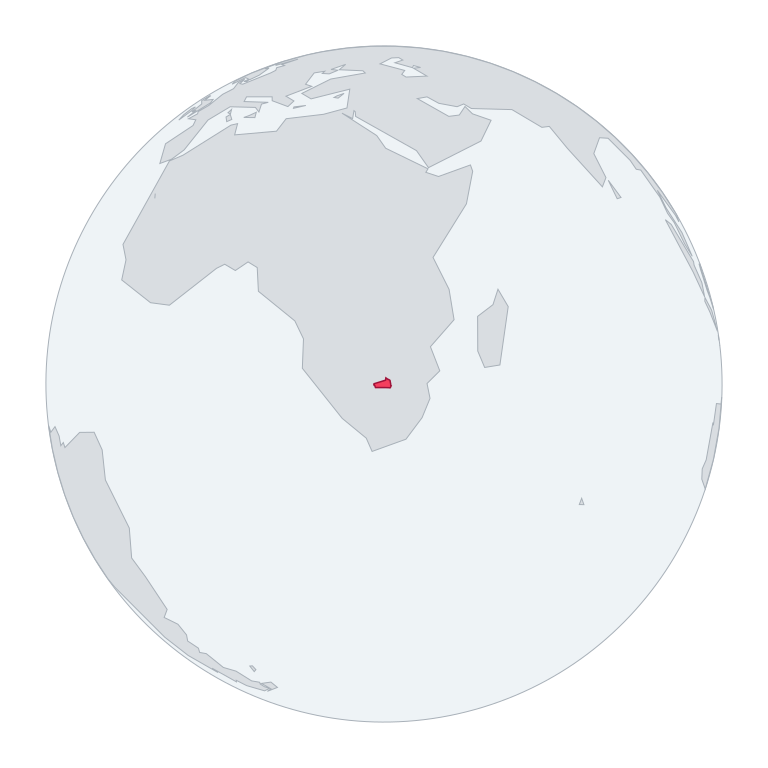 Kweneng highlighted on a globe, orthographic projection, rotated 343°
{"feature_id": "BWA-2647", "entity_name": "Kweneng", "entity_type": "District", "adm_level": 1, "iso_a3": "BWA", "parent_name": "Botswana", "parent_adm1": "", "projection": "orthographic", "projection_center": [24.77, -23.86], "detail": "fine", "context": "on_globe", "style": "filled", "palette": "rose", "viewbox_px": 768, "rotation_deg": 343, "n_neighbors": 0, "source": "natural_earth", "source_scale": "10m", "svg_char_len": 4795}
<svg xmlns="http://www.w3.org/2000/svg" viewBox="0 0 768 768"><g transform="rotate(343 384 384)"><circle cx="384" cy="384" r="338" fill="#eef3f6" stroke="#a8b0b8"/><path d="M51.1,325.9L51.3,332.7L56.9,328.6L58.1,338.7L56.9,348.5L60.2,346.2L60.3,351.5L78.8,341.3L92.7,345.4L95.2,364.6L89.5,394.3L98.3,447.3L91.8,476.6L99.5,498.5L110.7,536.2L105.5,543.0L116.7,553.5L121.8,566.2L121.1,572.4L129.3,582.4L129.2,586.8L135.2,589.9L147.5,608.1L158.5,615.3L170.6,629.2L177.9,632.9L177.9,634.7L181.1,638.5L185.6,641.6L180.1,642.5L164.5,632.3L156.1,624.2L155.8,625.7L136.5,605.5L140.9,611.4L117.5,586.5L100.4,562.2L67.1,499.5L63.4,490.4L63.0,489.5L56.4,466.7L51.4,443.6L48.0,420.2L46.3,396.6L46.3,372.9L47.9,349.3L51.1,325.9ZM193.4,643.0L182.6,643.8L186.8,642.5L179.3,634.5L188.7,636.0L193.4,643.0ZM175.8,621.1L173.2,614.5L175.7,615.0L178.0,619.7L175.8,621.1ZM407.1,46.9L415.6,47.7L414.5,47.5L421.2,48.2L422.4,48.3L446.4,51.9L470.1,57.2L493.4,64.3L516.0,72.9L538.1,83.2L559.3,95.1L579.6,108.4L598.9,123.2L617.0,139.3L634.0,156.7L649.7,175.2L664.0,194.8L676.9,215.4L688.2,236.9L698.0,259.1L706.2,282.0L712.7,305.4L713.4,308.5L713.4,315.2L712.1,308.1L702.0,278.7L705.3,298.2L713.2,326.4L716.1,352.0L712.4,337.5L708.8,314.8L705.1,303.8L702.4,285.8L692.1,254.5L688.0,252.4L684.8,242.1L670.1,214.5L662.1,211.5L652.0,225.0L656.6,251.5L650.5,259.3L628.3,212.3L617.4,186.0L610.0,184.7L586.6,159.0L548.1,146.1L542.1,139.5L535.0,140.2L518.5,131.6L509.1,122.0L499.3,120.8L524.2,147.0L534.6,148.8L542.6,142.3L547.6,151.5L563.5,163.1L547.8,180.0L489.8,190.1L483.3,170.3L435.1,119.8L436.1,115.2L435.8,114.7L435.2,113.8L431.6,121.0L423.0,112.7L449.7,144.3L454.5,159.0L489.0,191.1L485.9,193.8L496.8,201.5L530.7,199.8L531.0,206.5L515.5,235.8L467.9,277.3L473.9,312.5L469.8,343.0L439.3,361.9L441.2,387.7L425.3,396.1L423.8,411.2L410.6,427.3L388.9,443.2L352.9,445.0L351.2,430.6L334.0,404.7L310.5,345.1L320.2,317.3L317.2,297.6L291.0,258.6L296.8,235.6L289.7,227.5L275.0,232.0L266.7,222.9L257.7,224.4L201.8,245.9L184.5,238.0L163.6,207.8L173.6,189.8L175.2,174.2L244.0,108.0L258.8,106.4L313.3,91.7L320.1,92.2L314.0,102.1L355.1,110.8L368.0,101.7L405.0,108.4L429.3,109.2L437.5,92.0L397.6,90.0L390.4,82.1L422.2,76.8L457.0,81.1L455.4,78.3L433.1,70.4L440.8,67.1L425.3,67.7L431.8,70.5L422.3,71.4L415.8,69.0L418.8,67.6L408.2,66.1L396.6,74.4L401.9,78.2L374.4,80.1L380.6,87.0L373.2,90.6L359.9,80.4L361.0,76.7L336.5,69.2L332.8,73.0L355.7,80.8L348.7,80.5L343.9,87.3L341.9,81.9L317.9,73.9L292.9,80.1L261.3,101.7L246.6,106.9L234.1,107.6L245.3,90.4L276.9,81.0L281.3,76.3L274.6,73.2L284.8,71.1L285.9,69.2L297.9,66.4L314.4,59.8L326.5,57.6L332.7,53.2L339.8,51.9L334.0,54.6L336.5,56.0L366.5,53.4L372.2,52.4L373.9,50.1L381.9,50.4L379.7,48.6L396.8,48.2L374.1,47.7L375.4,46.6L385.6,46.1L381.9,46.1L365.4,47.1L362.4,47.8L366.4,48.3L354.9,52.2L344.6,53.7L341.3,50.6L326.4,52.9L330.3,50.8L347.9,48.0L377.5,46.1L407.1,46.9ZM220.9,135.0L219.1,139.5L220.9,135.0ZM494.8,96.9L515.1,102.1L504.5,90.6L511.5,92.0L505.3,88.0L503.7,89.8L488.4,80.0L496.7,79.7L493.5,76.2L486.5,74.4L473.8,76.7L495.5,90.2L491.5,93.1L494.8,96.9ZM280.7,64.4L284.7,63.9L280.2,66.3L264.9,71.6L271.3,67.9L280.7,64.4ZM291.6,62.9L292.5,59.7L302.0,57.2L296.5,59.0L302.8,57.6L295.6,60.3L303.8,61.9L300.3,64.4L274.0,71.3L284.5,67.3L279.8,67.6L291.6,62.9ZM327.8,88.1L333.1,87.9L341.3,86.8L338.4,91.5L327.8,88.1ZM311.0,82.5L315.8,81.3L315.8,86.5L310.3,87.1L311.0,82.5ZM318.5,76.8L316.1,80.9L314.1,79.0L318.5,76.8ZM338.5,53.8L343.5,53.0L344.1,53.5L341.2,54.6L338.5,53.8ZM430.8,94.4L423.7,97.2L420.0,95.4L423.2,94.7L430.8,94.4ZM378.9,92.7L390.7,94.8L378.0,93.9L378.9,92.7ZM539.6,551.1L539.9,557.8L535.5,556.4L539.6,551.1ZM525.4,346.3L500.4,399.7L485.1,397.6L483.3,379.9L493.3,346.7L511.4,340.0L520.7,326.7L525.4,346.3ZM716.3,445.6L716.3,445.2L716.3,445.5L716.3,445.6ZM717.2,440.3L717.5,437.2L718.0,434.9L717.3,439.5L717.2,440.3ZM718.3,431.2L716.7,410.4L715.0,398.7L716.2,395.1L718.9,409.3L718.3,431.2ZM716.1,394.4L712.4,367.5L701.1,309.1L705.3,315.3L715.8,357.5L715.3,361.0L717.6,380.0L716.1,394.4ZM721.2,405.6L721.0,408.9L720.9,396.3L720.4,389.0L720.2,367.9L720.4,361.0L721.1,365.4L721.1,360.9L721.2,405.6ZM658.0,254.7L665.2,274.9L661.2,275.0L658.0,254.7ZM660.5,578.3L660.1,567.9L663.5,558.2L669.9,550.8L687.3,517.0L686.9,519.8L696.2,499.9L700.4,501.7L703.1,495.3L691.4,524.3L677.2,552.0L660.5,578.3Z" fill="#d9dde1" stroke="#a8b0b8" stroke-width="1"/><path d="M386.6,380.8L387.6,378.7L389.2,380.8L389.3,380.8L389.8,381.0L390.0,381.3L390.8,382.3L390.4,385.9L390.2,386.8L390.1,387.1L390.0,387.4L390.0,387.6L390.3,387.8L389.7,388.5L388.9,389.4L388.5,389.4L388.4,389.3L387.7,389.0L384.2,387.8L383.3,387.5L374.8,384.9L374.7,382.8L374.6,382.3L374.3,382.3L374.2,382.3L374.2,381.7L374.2,381.4L374.3,381.4L374.5,381.4L374.7,380.8L386.6,380.8Z" fill="#f43f5e" stroke="#9f1239" stroke-width="1.5"/></g></svg>